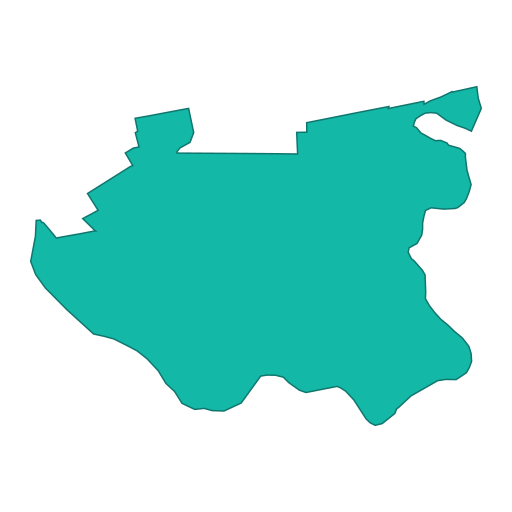 outline of Roman, Neamt, Romania
{"feature_id": "2599482B34614164873345", "entity_name": "Roman", "entity_type": "district", "adm_level": 2, "iso_a3": "ROU", "parent_name": "Romania", "parent_adm1": "Neamt", "projection": "orthographic", "projection_center": [26.954, 46.936], "detail": "fine", "context": "isolated", "style": "filled", "palette": "teal", "viewbox_px": 512, "rotation_deg": 0, "n_neighbors": 0, "source": "geoboundaries", "source_scale": "gbopen_adm2", "svg_char_len": 2117}
<svg xmlns="http://www.w3.org/2000/svg" viewBox="0 0 512 512"><path d="M465.4,156.6L465.4,153.4L462.5,150.7L459.6,148.4L448.5,145.2L447.0,143.0L440.6,140.4L435.3,140.7L429.9,138.0L424.9,135.1L420.9,132.9L416.5,127.7L413.3,126.1L414.5,121.9L416.0,118.7L420.9,115.4L425.4,113.1L431.1,112.6L436.7,113.2L446.1,120.1L457.1,125.5L465.0,128.2L471.4,131.2L481.3,108.4L478.2,98.0L476.8,86.7L452.3,92.1L452.1,91.6L440.6,97.1L430.4,100.8L424.1,104.3L423.9,101.3L388.3,108.5L388.9,106.5L356.4,112.8L306.7,122.7L306.8,132.2L296.7,132.4L297.6,154.0L271.3,153.7L245.4,153.5L177.1,153.1L177.0,151.7L180.0,147.9L190.0,142.4L193.7,132.6L188.6,108.4L173.0,111.3L149.8,115.7L135.1,118.3L137.7,131.4L136.1,132.2L135.3,132.6L139.0,147.0L133.6,148.0L133.1,148.2L125.6,152.8L125.3,153.0L132.8,165.6L130.2,166.6L87.5,193.5L98.1,210.3L82.7,218.6L95.4,231.0L94.9,230.9L78.8,234.0L76.8,234.3L56.2,238.0L53.8,234.9L51.7,232.4L50.3,230.7L47.3,227.1L43.8,223.1L42.5,222.3L41.7,222.4L41.1,221.3L40.5,220.3L40.2,220.0L38.8,220.3L36.2,220.4L35.4,236.4L30.7,261.4L35.7,274.6L45.4,288.0L67.1,309.9L93.6,334.0L104.1,336.3L113.7,338.9L127.1,345.6L137.0,350.8L147.0,358.7L158.2,370.7L166.0,383.5L174.6,391.5L182.1,403.4L194.7,409.4L204.1,408.4L212.1,410.6L224.0,411.0L241.2,403.0L260.7,376.1L266.7,375.1L275.3,375.2L283.4,377.2L288.6,382.5L299.4,390.2L306.0,392.5L337.1,386.4L340.5,387.8L345.7,391.2L353.9,400.0L366.1,418.9L370.0,422.7L375.1,425.3L382.2,423.6L394.9,413.4L395.3,412.3L396.1,410.2L396.4,409.1L399.0,407.1L411.0,395.9L437.6,380.7L445.8,379.4L456.1,379.6L462.6,375.3L466.4,372.7L469.3,367.6L471.6,361.4L471.1,353.5L468.9,346.4L462.3,337.9L454.2,331.2L447.8,325.0L440.7,319.2L434.4,312.2L429.3,305.5L425.4,298.7L425.7,292.5L425.6,289.7L425.5,286.1L425.4,284.8L425.4,283.7L425.4,282.8L425.3,281.9L425.2,279.1L425.1,275.0L422.4,270.3L414.0,260.7L411.4,258.7L408.2,252.2L409.1,247.8L417.0,243.5L421.7,235.2L422.6,229.4L422.6,223.2L424.0,216.0L425.5,210.5L431.1,207.8L443.6,209.1L455.0,208.5L457.8,207.6L464.2,202.5L466.5,198.6L469.2,191.6L471.1,184.6L467.0,170.3L465.4,157.2L465.4,156.6Z" fill="#14b8a6" stroke="#0f766e" stroke-width="1.5"/></svg>